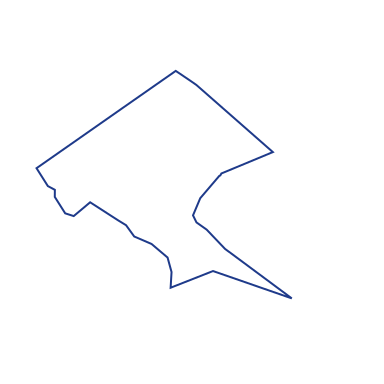 Tari/Pori District, Southern Highlands, Papua New Guinea, rotated 304°
{"feature_id": "67681753B42536665224623", "entity_name": "Tari/Pori District", "entity_type": "district", "adm_level": 2, "iso_a3": "PNG", "parent_name": "Papua New Guinea", "parent_adm1": "Southern Highlands", "projection": "natural_earth1", "projection_center": [142.92, -5.861], "detail": "fine", "context": "isolated", "style": "outline", "palette": "blue", "viewbox_px": 384, "rotation_deg": 304, "n_neighbors": 0, "source": "geoboundaries", "source_scale": "gbopen_adm2", "svg_char_len": 543}
<svg xmlns="http://www.w3.org/2000/svg" viewBox="0 0 384 384"><g transform="rotate(304 192 192)"><path d="M223.1,87.6L124.8,49.8L116.3,69.2L117.1,77.1L111.2,81.0L103.4,98.8L105.9,107.4L126.5,113.3L127.2,146.7L127.6,155.9L122.8,169.0L126.3,187.6L124.0,208.4L114.2,219.8L100.7,227.8L138.2,253.6L159.6,334.2L163.1,256.4L163.1,255.6L163.3,251.2L169.0,225.2L169.3,212.7L173.2,205.9L191.5,202.3L220.5,205.6L221.6,206.2L223.8,206.0L270.3,236.7L283.2,135.7L283.3,128.0L283.3,110.8L223.1,87.6Z" fill="none" stroke="#1e3a8a" stroke-width="2"/></g></svg>